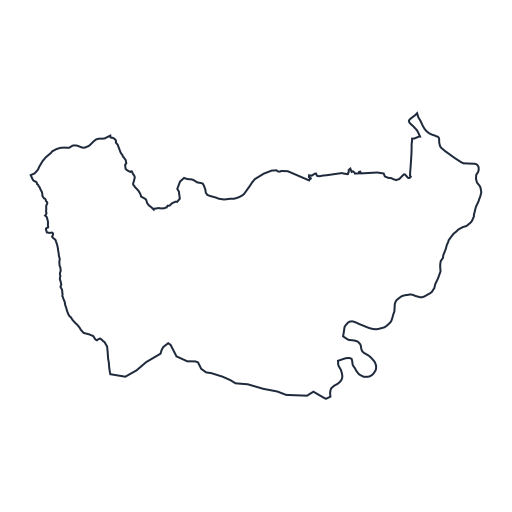 Ormenis, Brasov, Romania (Mercator projection)
{"feature_id": "2599482B25677324063372", "entity_name": "Ormenis", "entity_type": "district", "adm_level": 2, "iso_a3": "ROU", "parent_name": "Romania", "parent_adm1": "Brasov", "projection": "mercator", "projection_center": [25.52, 46.009], "detail": "fine", "context": "isolated", "style": "outline", "palette": "slate", "viewbox_px": 512, "rotation_deg": 0, "n_neighbors": 0, "source": "geoboundaries", "source_scale": "gbopen_adm2", "svg_char_len": 5985}
<svg xmlns="http://www.w3.org/2000/svg" viewBox="0 0 512 512"><path d="M330.4,396.7L330.1,393.1L330.5,390.2L331.2,388.3L334.2,385.7L337.5,383.9L339.5,382.3L341.3,380.2L342.2,377.9L342.3,376.3L342.1,374.3L341.8,373.0L340.9,369.9L338.5,365.7L338.2,364.4L338.0,360.8L344.8,358.5L346.6,358.1L348.3,358.0L350.2,358.2L351.6,358.9L352.1,360.6L352.7,364.8L353.5,366.3L354.7,367.9L356.6,371.3L358.9,374.2L360.3,375.1L363.8,376.8L367.8,376.8L369.8,376.3L371.6,375.3L372.7,374.4L373.7,373.3L375.5,370.5L375.9,369.3L376.1,367.9L376.1,366.0L375.7,364.4L374.9,362.4L374.1,361.1L371.0,357.6L368.8,355.7L365.0,353.5L363.7,352.7L362.7,351.8L362.1,351.0L361.7,350.2L361.3,348.8L360.7,345.3L360.2,344.2L358.5,342.3L357.4,341.4L354.3,340.5L348.7,339.9L347.5,339.3L343.1,336.4L344.6,326.9L345.7,325.2L348.0,322.6L349.5,321.7L351.1,321.4L352.8,321.4L356.5,322.7L358.9,323.9L368.5,327.8L371.6,328.7L374.6,329.2L376.8,329.2L379.0,328.8L384.2,327.4L385.6,326.6L388.4,324.3L390.8,321.8L391.3,320.9L392.2,318.4L393.4,314.0L394.4,311.4L394.8,304.0L395.6,301.7L396.6,300.1L397.9,299.0L400.9,296.7L402.5,295.9L405.6,295.1L408.0,294.9L409.8,294.4L412.7,294.8L415.2,295.9L420.3,297.3L422.1,297.2L424.1,296.6L429.8,293.4L431.7,292.1L433.0,290.1L434.3,288.1L435.3,284.0L438.1,278.2L440.5,271.4L440.4,269.4L440.2,267.5L440.2,265.5L440.4,262.9L440.8,261.0L442.9,258.0L443.3,255.2L445.9,248.6L446.8,245.0L448.2,242.0L448.7,240.2L451.8,236.0L453.7,233.6L456.1,231.7L458.5,229.4L462.8,227.1L466.5,226.0L470.5,222.7L471.9,221.0L473.9,216.5L473.9,214.9L475.9,206.9L478.5,201.4L479.3,198.9L480.3,196.4L481.3,192.3L480.5,187.6L479.6,185.8L477.0,182.6L476.5,180.9L476.0,178.8L476.2,175.0L477.0,173.6L478.1,172.1L478.7,169.8L478.6,167.1L477.4,165.0L476.6,164.4L475.1,163.8L463.4,163.3L460.8,162.0L454.1,157.6L445.1,151.1L441.3,147.9L440.3,146.7L439.7,144.8L439.2,142.5L439.1,138.7L438.8,137.8L437.9,136.8L435.9,136.1L434.5,135.4L432.8,135.0L429.3,133.4L426.6,131.3L424.5,128.8L422.9,126.1L420.5,120.9L418.5,117.6L417.9,116.0L417.1,113.2L415.4,115.0L410.4,118.8L409.3,120.0L408.9,120.9L409.0,121.5L409.5,122.6L410.5,123.8L413.4,126.4L416.9,130.2L418.3,132.8L420.0,136.5L419.2,136.5L414.4,138.5L412.1,138.6L412.0,141.2L411.6,144.3L411.6,148.8L411.4,154.6L410.9,162.5L410.2,171.9L410.0,175.6L410.8,176.6L410.5,177.1L409.4,178.0L408.1,177.9L404.9,174.4L403.8,174.4L399.2,179.1L397.6,179.5L396.4,180.1L393.6,179.3L391.2,178.1L388.1,177.8L384.8,176.4L383.7,173.5L377.3,172.5L361.1,173.4L360.1,171.6L359.1,172.0L359.8,173.3L355.0,173.6L354.3,172.4L352.8,171.3L351.6,171.9L350.3,168.6L348.7,170.0L348.7,172.1L348.2,172.7L348.1,173.9L347.3,174.2L341.5,173.1L326.2,175.3L323.1,175.5L320.3,176.1L319.0,176.2L317.5,176.0L316.8,175.5L316.1,173.5L315.7,173.5L314.6,173.8L311.7,175.7L311.3,175.7L310.9,175.4L310.1,175.7L309.1,175.3L308.9,177.0L310.8,178.3L310.5,178.9L310.0,178.9L309.6,179.2L309.1,180.4L287.7,171.2L281.1,171.0L280.0,171.6L279.0,171.6L277.7,171.3L276.4,170.3L271.7,170.6L263.9,173.6L255.0,179.0L252.1,182.4L250.0,185.7L244.1,193.9L242.6,195.2L239.6,196.9L236.4,198.1L233.6,198.8L231.1,198.7L224.0,199.5L218.7,198.7L215.7,197.5L209.8,195.9L207.3,194.9L205.8,192.7L205.3,189.4L203.8,185.4L202.8,183.7L201.4,183.1L197.2,182.4L193.6,180.1L191.7,179.4L188.5,179.2L186.0,178.7L184.1,177.9L180.0,181.6L177.3,188.9L178.9,191.6L179.8,198.7L177.1,201.9L175.8,201.6L172.3,203.1L170.8,204.4L169.9,205.4L168.6,205.8L167.6,205.7L166.6,207.5L165.8,207.5L164.2,208.3L160.8,208.4L159.2,208.1L157.3,208.2L155.8,208.6L154.0,208.7L153.7,209.6L151.5,207.4L148.8,205.3L147.8,204.0L147.1,203.0L146.3,200.2L145.8,199.3L144.6,198.5L141.0,196.5L140.9,195.5L140.3,194.0L138.6,190.9L135.7,187.8L134.9,187.1L134.4,186.1L133.2,184.7L133.1,183.7L134.0,180.7L134.8,177.3L134.2,175.6L132.8,173.7L132.4,172.5L131.7,171.3L130.9,171.4L130.4,171.9L128.3,171.0L126.3,169.6L125.6,168.8L125.1,164.8L126.3,163.3L125.7,160.1L123.5,157.1L122.9,156.6L122.4,155.0L121.3,153.7L120.4,152.0L117.6,144.5L116.6,143.5L115.8,142.5L116.0,141.4L115.8,140.2L114.3,138.7L112.7,137.8L111.1,137.7L110.5,137.3L110.3,135.6L104.9,138.3L103.8,138.6L98.8,138.7L96.8,139.2L95.7,139.7L93.4,141.6L89.9,145.1L88.5,146.1L84.6,147.7L83.1,147.7L81.7,147.4L77.6,145.8L76.2,145.5L73.8,145.4L72.5,145.7L69.2,147.7L68.5,147.8L64.5,147.6L62.5,147.7L60.2,147.9L56.6,149.0L52.1,151.4L51.1,152.8L46.0,157.1L44.5,158.8L42.6,161.1L39.3,166.6L38.3,168.9L37.6,170.1L34.6,173.4L30.7,175.1L32.3,178.7L33.4,180.5L34.6,181.3L35.6,181.5L36.6,182.4L37.1,184.1L38.1,184.8L38.5,185.6L38.8,186.5L39.7,187.4L40.7,189.9L41.7,191.6L42.2,193.1L42.5,196.2L44.0,198.3L45.1,198.8L45.7,199.7L46.0,201.1L46.8,201.8L47.2,202.5L47.3,203.2L46.8,204.6L46.3,205.3L46.2,206.2L46.2,210.4L46.0,211.3L46.5,213.2L45.6,215.1L45.1,215.6L46.4,216.6L46.8,217.3L47.7,220.5L48.1,223.0L47.9,223.6L47.9,224.7L48.2,227.0L47.9,227.6L46.9,227.8L46.1,228.5L45.9,229.6L46.3,230.5L46.8,232.4L49.3,232.9L52.2,232.6L52.8,233.1L53.1,234.5L52.1,236.7L52.5,237.3L53.4,238.2L55.4,239.8L57.1,244.7L57.9,248.3L58.0,249.8L58.6,252.9L58.9,255.9L59.7,258.6L59.6,260.6L59.3,261.4L59.4,263.3L59.6,265.4L59.7,266.1L60.3,267.3L60.6,269.7L60.7,270.9L60.0,272.9L59.9,274.5L60.2,275.2L60.4,275.9L59.9,278.1L59.9,279.6L60.4,280.7L61.3,284.6L60.5,286.7L60.7,287.4L61.8,289.2L62.1,290.4L62.3,291.7L62.3,293.1L62.6,294.3L62.4,295.2L62.4,296.3L63.0,297.4L63.3,298.6L64.7,301.9L65.2,305.0L66.2,307.8L67.2,311.4L68.4,314.4L69.6,316.3L70.9,317.3L72.5,319.9L75.5,323.2L77.3,324.8L79.5,327.5L80.8,329.8L83.6,332.9L89.0,334.3L93.3,336.1L95.3,339.4L96.9,340.3L97.9,339.5L100.1,338.5L101.9,339.8L103.1,341.2L104.4,341.9L107.1,346.5L107.6,351.4L108.1,358.5L108.9,363.0L109.1,366.7L109.6,370.4L110.3,374.2L125.3,376.7L136.5,370.4L146.2,362.1L160.5,353.7L161.7,349.8L163.4,346.9L168.2,343.2L170.6,344.9L176.5,356.4L187.3,361.3L195.3,361.4L198.0,362.4L201.2,368.8L206.1,372.4L211.2,373.1L222.6,376.7L230.3,380.1L235.5,383.3L247.8,384.3L263.2,388.8L277.3,391.5L286.2,394.9L307.0,395.7L313.4,391.7L323.7,397.7L325.9,398.8L330.4,396.7Z" fill="none" stroke="#1e293b" stroke-width="2"/></svg>